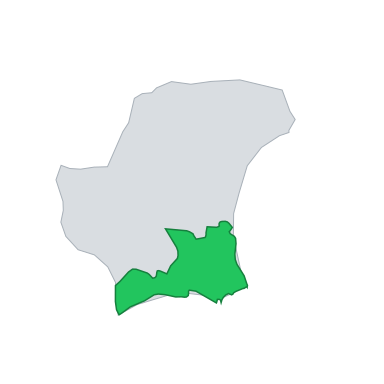 Grevenmacher highlighted on a map of Luxembourg, rotated 58°
{"feature_id": "LUX-907", "entity_name": "Grevenmacher", "entity_type": "District", "adm_level": 1, "iso_a3": "LUX", "parent_name": "Luxembourg", "parent_adm1": "", "projection": "natural_earth1", "projection_center": [6.348, 49.652], "detail": "fine", "context": "in_parent", "style": "filled", "palette": "green", "viewbox_px": 384, "rotation_deg": 58, "n_neighbors": 0, "source": "natural_earth", "source_scale": "10m", "svg_char_len": 1910}
<svg xmlns="http://www.w3.org/2000/svg" viewBox="0 0 384 384"><g transform="rotate(58 192 192)"><path d="M192.9,78.2L190.6,87.9L191.0,109.5L199.0,131.2L217.8,152.6L232.3,168.1L251.7,180.5L284.6,192.3L297.7,194.7L299.5,210.7L297.0,227.5L285.7,236.8L274.9,250.3L266.9,266.7L258.4,298.1L257.2,319.8L238.2,310.9L228.3,304.8L210.9,303.1L193.6,308.1L180.6,319.2L162.8,322.5L148.1,319.2L139.4,310.9L131.6,306.4L109.6,300.9L100.0,288.9L107.3,283.2L113.6,274.4L119.0,261.9L125.8,250.3L104.2,218.7L99.7,209.0L82.0,191.2L82.2,182.1L86.5,173.5L84.9,166.8L87.5,150.9L100.0,135.9L108.3,117.3L122.3,92.0L153.3,61.5L175.5,66.2L185.2,66.1L191.1,77.2L192.9,78.2Z" fill="#d9dde1" stroke="#a8b0b8" stroke-width="1"/><path d="M243.4,176.6L245.1,180.3L245.4,181.5L247.7,181.7L252.0,179.6L254.4,179.6L259.2,182.1L267.4,188.6L272.2,191.1L277.1,192.2L290.7,192.2L299.4,194.3L300.5,194.4L302.0,195.7L301.9,195.7L301.3,196.2L301.3,199.2L300.9,199.5L299.6,207.3L299.5,209.9L300.3,211.5L300.2,212.9L297.4,214.9L297.2,218.1L297.9,221.1L299.2,223.7L301.2,225.9L298.8,225.1L297.5,225.7L296.5,227.4L298.4,229.3L299.0,230.1L278.2,241.2L273.8,246.3L274.3,247.5L276.1,248.6L277.8,250.0L278.1,252.4L277.3,254.0L275.2,256.6L272.3,261.5L264.9,269.1L260.7,274.6L259.1,278.6L259.1,290.1L258.5,293.6L256.7,305.3L257.5,316.2L257.5,318.9L251.9,318.4L244.3,315.0L230.8,306.5L229.7,300.5L226.2,288.2L225.9,283.3L227.9,280.3L237.0,272.9L239.2,272.0L244.3,271.0L245.0,268.8L244.6,267.1L243.1,265.7L241.6,264.5L240.5,263.2L241.0,262.0L242.2,260.8L248.1,256.7L243.3,249.2L240.6,239.6L238.5,237.5L234.7,235.3L230.8,234.4L209.2,234.0L222.1,217.0L224.4,215.2L228.0,213.3L230.0,213.6L234.2,213.5L237.5,205.0L236.9,203.9L235.4,202.5L234.0,201.7L229.5,197.6L235.0,189.8L235.3,188.5L235.3,186.9L233.8,186.2L232.9,185.5L232.3,184.0L232.8,182.3L234.5,179.3L236.1,177.9L238.2,177.2L243.3,176.6L243.4,176.6Z" fill="#22c55e" stroke="#15803d" stroke-width="1.5"/></g></svg>